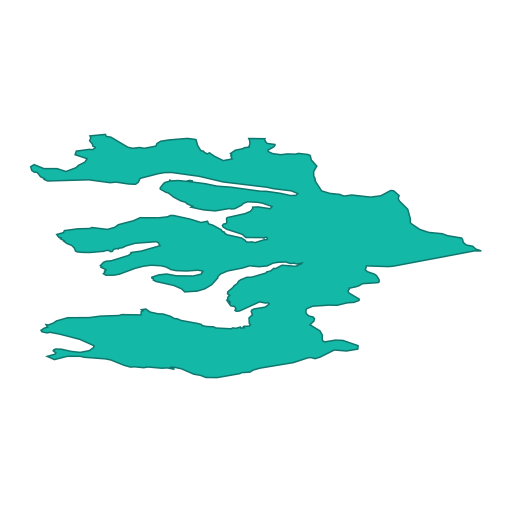 outline of Torsken nor, Troms, Norway
{"feature_id": "86288312B75737452629522", "entity_name": "Torsken nor", "entity_type": "district", "adm_level": 2, "iso_a3": "NOR", "parent_name": "Norway", "parent_adm1": "Troms", "projection": "natural_earth1", "projection_center": [17.149, 69.294], "detail": "fine", "context": "isolated", "style": "filled", "palette": "teal", "viewbox_px": 512, "rotation_deg": 0, "n_neighbors": 0, "source": "geoboundaries", "source_scale": "gbopen_adm2", "svg_char_len": 6055}
<svg xmlns="http://www.w3.org/2000/svg" viewBox="0 0 512 512"><path d="M481.3,250.9L475.8,249.1L472.6,246.2L466.2,245.0L463.3,242.4L462.5,239.2L461.5,238.0L447.7,235.7L442.1,233.7L428.7,232.4L420.0,229.5L416.1,227.0L411.0,223.5L410.3,222.4L410.4,219.0L407.7,209.2L399.4,201.0L398.2,198.6L399.1,195.6L393.7,190.8L390.7,190.5L380.8,195.8L370.5,197.1L351.7,195.0L344.0,196.1L339.7,194.4L329.9,193.4L321.6,190.9L315.0,180.7L315.4,180.1L314.9,179.4L315.0,178.2L313.8,176.3L313.6,171.7L316.8,166.1L311.3,160.0L310.2,155.5L307.9,154.5L298.7,153.4L295.0,154.2L287.5,153.9L280.8,154.7L272.6,153.6L268.3,151.6L267.9,150.2L273.7,146.9L274.9,145.5L275.0,144.5L267.1,143.4L265.7,141.8L264.5,139.2L264.8,138.7L248.0,138.5L249.3,139.0L249.9,142.4L249.8,144.6L249.0,146.1L249.3,147.1L244.4,147.7L242.8,148.7L235.3,150.2L230.4,153.6L231.5,154.5L230.8,155.8L231.6,156.2L231.4,158.4L232.0,159.0L223.2,160.6L214.5,156.3L209.4,152.8L207.5,153.9L204.4,152.5L203.5,151.1L201.5,151.0L199.9,149.3L197.5,145.1L196.0,139.6L193.0,139.1L187.4,138.4L169.2,139.9L160.8,141.2L157.0,143.5L155.9,146.1L144.3,148.3L139.6,147.5L132.7,148.3L127.8,147.2L111.0,137.2L106.3,136.4L105.4,134.4L89.9,135.9L90.8,137.9L89.6,140.8L92.4,144.1L92.9,146.2L94.9,147.0L95.2,147.8L92.7,149.6L89.1,149.4L76.3,151.1L75.1,154.7L87.1,158.7L84.8,162.2L78.2,165.5L76.2,167.6L66.0,171.5L57.0,168.6L43.9,168.6L34.1,164.6L30.7,166.7L31.7,170.3L34.1,172.1L37.2,172.4L40.6,176.8L44.4,178.5L44.0,179.3L47.7,181.0L88.6,179.8L110.1,182.7L116.0,182.1L128.6,184.0L135.5,184.3L138.3,182.3L140.1,178.4L158.2,173.7L164.6,172.6L171.6,172.5L199.2,176.3L223.4,182.0L266.7,187.2L273.6,188.7L291.1,190.8L297.8,193.5L295.8,195.4L290.1,195.5L280.9,193.4L266.4,191.3L261.0,191.3L231.2,187.2L216.8,186.1L205.3,183.7L187.5,181.4L189.4,180.6L193.0,180.9L189.4,180.4L185.9,181.3L178.1,180.5L170.4,181.0L170.5,180.3L169.9,180.2L170.1,181.0L165.2,182.4L163.7,183.4L160.2,187.9L160.3,189.1L166.3,192.5L168.1,192.8L174.0,197.3L180.8,200.9L185.6,202.3L187.0,203.8L192.8,206.3L191.1,207.2L203.7,209.9L215.4,210.9L229.5,208.5L231.1,209.0L234.7,208.7L241.4,205.3L243.6,203.3L247.7,201.8L257.6,202.3L262.6,203.2L272.0,206.5L270.2,208.7L258.0,206.9L252.6,207.2L252.7,208.6L250.4,211.4L244.8,213.7L227.2,217.6L226.5,218.5L226.8,222.6L225.8,223.7L223.7,224.0L222.4,225.4L223.2,227.1L226.8,229.3L242.3,234.3L245.8,237.5L262.9,237.6L263.8,238.2L265.5,237.2L266.7,237.5L267.5,238.8L266.9,239.7L264.4,239.7L255.0,242.6L252.0,241.9L247.7,242.2L245.8,241.5L245.3,240.5L241.6,238.0L227.3,234.8L224.9,233.5L224.4,232.1L222.5,231.6L221.1,229.7L212.9,225.2L208.6,223.9L207.5,221.2L201.0,222.5L190.1,219.1L173.6,215.5L170.3,215.5L167.6,216.8L158.7,217.8L140.0,217.7L133.6,220.7L118.3,224.7L115.0,227.2L107.5,229.4L91.8,227.5L89.9,228.5L77.9,228.8L64.4,230.6L63.5,232.6L56.7,234.5L58.7,237.2L61.1,237.9L60.4,238.7L64.2,240.7L63.7,241.1L66.9,243.5L71.7,245.4L74.4,248.1L75.5,251.0L77.2,251.9L82.5,252.4L89.9,252.5L103.7,251.3L106.4,250.4L109.3,250.6L110.6,251.7L112.3,251.4L113.7,249.3L116.5,248.6L118.4,248.9L118.7,248.2L122.4,247.7L126.0,245.9L135.0,243.3L156.2,241.7L158.3,242.7L160.0,245.7L141.2,251.1L131.1,252.5L131.5,253.2L128.3,255.5L111.1,260.8L106.2,261.2L103.5,262.3L100.3,265.7L101.7,266.7L101.1,267.3L106.1,269.8L104.5,271.2L105.1,272.0L103.4,273.7L105.9,275.2L113.8,275.2L119.3,274.2L135.2,268.3L143.5,266.2L151.3,265.2L161.2,265.8L166.1,267.0L171.0,269.6L175.9,270.6L186.4,271.0L198.0,270.2L202.8,271.1L202.7,272.0L201.6,273.0L201.3,274.1L193.1,276.0L176.3,275.8L166.7,274.0L158.7,274.9L151.8,277.2L151.9,278.1L153.2,278.4L153.3,280.1L156.1,281.5L173.9,285.5L181.7,288.9L184.7,291.9L197.2,291.1L204.9,288.8L211.8,284.6L217.9,277.8L217.7,276.6L220.7,273.9L227.5,271.0L242.6,268.0L249.6,265.8L259.1,266.7L267.2,265.9L273.1,263.1L278.1,262.3L285.8,262.0L290.2,263.5L294.3,263.2L296.7,264.0L301.9,263.1L301.0,264.1L299.1,264.4L297.6,265.7L295.5,266.3L282.0,265.2L275.6,268.6L273.7,268.4L270.4,271.1L266.9,271.8L265.7,273.1L251.7,277.2L246.8,277.3L240.8,279.7L238.6,281.2L237.3,283.5L233.8,286.0L233.1,287.3L227.8,291.8L227.5,293.8L229.7,295.5L228.2,296.7L227.6,297.9L228.2,299.0L226.8,300.1L227.6,301.5L230.1,300.9L228.9,301.8L229.0,302.3L230.8,302.7L228.7,303.0L230.7,305.8L234.4,306.4L236.0,308.5L234.9,310.3L236.2,311.3L239.5,311.0L259.5,301.9L265.8,303.1L267.6,302.7L269.1,303.6L268.8,304.4L265.2,307.1L253.8,309.0L251.8,310.1L251.2,311.3L252.4,314.8L249.0,317.9L249.3,323.4L250.5,324.6L249.0,326.2L244.0,326.3L243.4,326.7L244.2,327.7L240.8,328.1L240.4,327.0L236.0,328.3L232.6,327.9L231.2,328.8L215.9,328.0L213.6,326.8L206.6,326.5L202.1,325.6L201.5,324.5L198.2,323.6L181.0,320.4L177.3,318.8L174.2,318.5L170.5,316.3L163.1,314.0L158.1,313.8L150.2,312.1L145.8,309.0L141.5,309.7L143.0,310.8L141.3,311.4L141.0,314.9L121.8,314.6L118.9,315.5L100.5,316.1L89.3,317.6L67.8,317.7L56.5,320.9L53.5,323.0L48.3,325.0L46.0,324.6L47.6,327.2L44.3,328.1L41.0,330.3L42.0,331.8L47.0,332.9L49.9,332.3L59.5,334.1L79.6,339.3L94.0,345.7L93.6,347.5L89.4,350.6L80.1,352.4L71.1,351.4L61.4,349.2L55.7,349.0L54.0,349.7L54.3,350.4L53.3,350.9L55.9,352.9L55.2,354.1L47.2,356.4L54.4,359.6L67.4,356.3L80.1,356.3L84.6,357.3L105.7,358.9L111.0,360.0L124.1,365.3L130.5,367.1L134.5,366.8L143.8,367.7L147.8,367.0L161.7,368.2L167.5,367.9L172.7,369.0L174.6,369.2L170.1,367.7L171.3,367.1L175.1,367.4L181.5,368.8L193.8,374.2L200.3,375.3L206.0,377.5L217.3,377.6L240.0,373.6L241.4,372.7L249.9,372.1L253.1,370.1L259.7,368.2L293.4,362.6L308.3,357.7L311.3,357.6L315.1,358.7L319.9,357.2L334.3,350.0L346.5,351.0L357.8,349.1L358.1,345.7L342.8,340.4L335.5,340.1L324.6,341.9L322.9,340.9L322.2,339.1L322.4,335.3L320.0,330.9L310.0,324.8L313.9,321.1L314.5,318.6L313.1,317.0L309.0,316.0L307.2,314.6L306.0,313.2L306.0,310.0L306.7,308.7L312.7,306.2L329.4,305.1L337.0,305.3L347.5,302.8L353.8,302.4L359.0,300.5L359.2,299.1L349.0,293.0L348.0,291.1L349.4,288.8L349.1,288.2L355.6,286.9L359.2,285.7L362.3,283.7L378.2,282.6L379.2,281.7L379.0,279.6L376.6,275.7L374.4,274.1L367.5,271.7L365.3,269.9L366.5,265.9L388.6,266.6L393.8,266.1L474.4,250.9L481.3,250.9Z" fill="#14b8a6" stroke="#0f766e" stroke-width="1.5"/></svg>